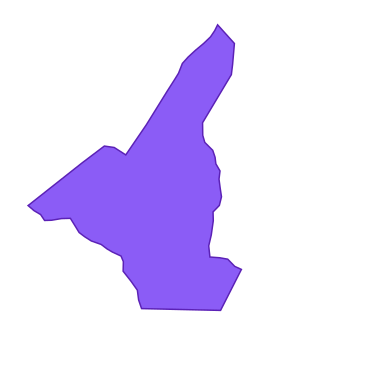 Camocim de São Félix, Pernambuco, Brazil (orthographic projection), rotated 138°
{"feature_id": "56859067B97810771102376", "entity_name": "Camocim de São Félix", "entity_type": "district", "adm_level": 2, "iso_a3": "BRA", "parent_name": "Brazil", "parent_adm1": "Pernambuco", "projection": "orthographic", "projection_center": [-35.778, -8.341], "detail": "fine", "context": "isolated", "style": "filled", "palette": "violet", "viewbox_px": 384, "rotation_deg": 138, "n_neighbors": 0, "source": "geoboundaries", "source_scale": "gbopen_adm2", "svg_char_len": 904}
<svg xmlns="http://www.w3.org/2000/svg" viewBox="0 0 384 384"><g transform="rotate(138 192 192)"><path d="M61.1,274.0L61.1,299.1L67.2,296.7L74.4,294.9L83.8,294.6L94.4,295.0L104.4,294.9L113.1,294.0L122.5,289.3L129.7,287.2L143.1,283.5L181.0,272.5L216.4,263.9L220.0,277.1L226.4,284.8L254.5,287.2L322.9,291.6L321.9,283.9L319.6,276.5L320.6,269.5L315.3,265.0L306.8,259.6L300.0,253.8L301.5,245.4L303.0,237.4L301.7,230.6L299.6,223.0L294.6,213.8L293.2,206.5L291.3,200.5L287.6,191.9L289.6,186.2L296.2,179.2L297.0,166.8L298.3,155.6L303.9,147.5L307.5,139.1L250.0,84.9L207.1,101.4L210.0,108.1L210.4,118.2L215.4,124.6L222.2,131.7L215.6,140.8L206.4,147.2L195.4,156.4L189.7,163.1L180.7,163.7L173.3,168.7L168.4,176.1L163.3,183.5L157.1,188.9L155.4,197.0L151.6,202.4L148.7,209.1L149.3,220.3L146.1,226.9L137.8,236.4L84.2,252.9L76.5,259.6L67.4,268.1L61.1,274.0Z" fill="#8b5cf6" stroke="#5b21b6" stroke-width="1.5"/></g></svg>